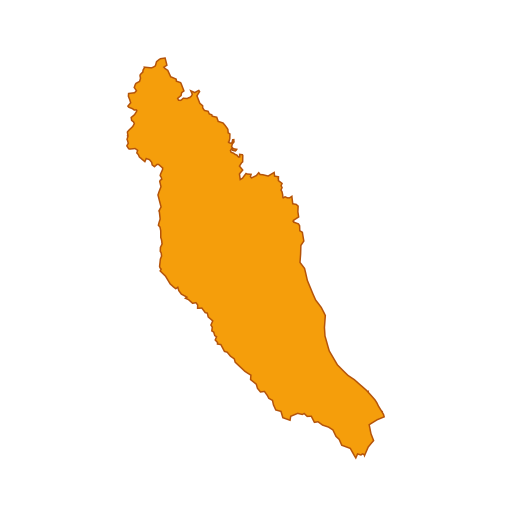 outline of Salayea, Lofa, Liberia, rotated 114°
{"feature_id": "62588387B29328841835384", "entity_name": "Salayea", "entity_type": "district", "adm_level": 2, "iso_a3": "LBR", "parent_name": "Liberia", "parent_adm1": "Lofa", "projection": "orthographic", "projection_center": [-9.631, 7.472], "detail": "fine", "context": "isolated", "style": "filled", "palette": "amber", "viewbox_px": 512, "rotation_deg": 114, "n_neighbors": 0, "source": "geoboundaries", "source_scale": "gbopen_adm2", "svg_char_len": 5743}
<svg xmlns="http://www.w3.org/2000/svg" viewBox="0 0 512 512"><g transform="rotate(114 256 256)"><path d="M148.4,339.2L148.2,339.5L147.9,340.2L148.4,345.3L145.2,348.3L146.1,352.9L145.0,353.8L145.2,356.5L143.9,357.9L143.3,358.6L143.6,360.2L144.0,362.3L143.1,363.8L142.4,364.9L142.0,365.1L140.4,365.9L139.9,367.6L139.4,369.4L133.9,374.9L133.8,375.1L129.8,374.6L128.8,374.4L128.0,375.6L129.6,376.9L131.6,378.4L131.6,382.2L131.6,382.8L133.3,380.9L134.1,380.0L134.5,380.0L136.5,380.1L137.3,380.7L138.2,380.9L138.7,381.8L140.1,382.9L141.3,386.1L141.4,386.6L143.5,387.5L144.5,388.2L145.2,390.1L143.9,391.7L142.6,391.1L140.1,389.8L139.9,389.7L138.8,390.0L137.0,390.4L134.5,389.0L134.1,389.4L129.2,394.3L128.3,395.4L128.6,399.1L128.7,399.8L126.9,400.9L126.9,405.0L127.0,406.8L122.6,411.8L122.3,412.1L122.2,412.7L121.7,415.4L121.0,417.0L120.6,416.7L119.4,416.0L118.0,415.0L116.5,416.1L112.1,419.6L112.5,420.2L112.9,420.8L114.6,423.5L115.1,423.8L115.7,424.3L118.9,425.9L123.1,425.3L123.3,425.3L125.2,426.6L126.7,428.1L127.1,429.3L128.5,433.6L128.6,433.9L128.9,434.9L129.6,434.5L132.0,434.8L134.1,434.2L135.1,434.7L137.0,435.4L137.2,435.5L138.5,435.3L140.6,433.8L142.8,433.5L143.5,433.4L143.9,433.4L147.0,435.8L147.8,436.0L148.8,436.0L151.2,435.8L151.6,435.8L152.2,434.7L153.7,432.4L154.3,432.6L156.3,433.4L159.0,437.9L159.4,438.5L161.9,437.6L163.5,436.0L164.6,434.9L167.0,432.8L171.2,434.0L171.8,432.9L171.8,431.5L171.7,428.7L172.2,426.6L171.2,424.8L171.2,424.7L171.5,424.1L172.7,423.9L175.3,424.3L176.2,424.4L179.1,425.8L180.2,426.4L182.7,424.8L183.3,422.5L183.3,422.4L184.6,421.0L184.8,421.0L188.0,421.3L188.9,421.7L190.2,422.2L192.1,423.0L192.3,423.1L194.5,423.8L194.9,423.9L195.1,423.9L195.9,423.4L197.8,422.1L198.1,422.4L198.6,422.2L198.9,421.6L201.9,421.3L202.7,420.4L205.0,418.5L205.6,418.6L207.8,418.8L208.0,418.7L209.8,415.9L209.7,414.9L207.6,411.2L207.0,410.2L207.6,407.1L210.3,406.8L211.2,404.8L213.0,402.8L213.4,401.4L213.6,400.5L213.8,400.2L214.3,398.4L215.0,395.9L211.6,395.9L211.6,395.5L211.3,392.5L212.2,390.7L212.9,389.4L215.0,387.9L215.7,385.1L212.5,383.6L212.3,382.9L212.0,382.1L213.4,377.6L213.5,377.1L215.1,376.5L217.8,376.5L220.1,376.5L221.1,376.3L221.6,376.2L222.6,374.6L224.3,373.3L225.8,374.3L226.7,374.3L227.0,374.3L230.3,371.8L231.4,371.0L236.9,370.7L237.3,370.7L238.8,370.5L240.1,370.4L249.8,362.7L253.9,363.0L253.8,362.8L254.1,362.8L255.9,361.7L261.2,358.6L264.7,358.2L267.6,357.7L268.7,355.4L271.7,353.3L276.1,351.3L277.9,350.5L279.4,349.1L281.6,347.6L282.3,347.4L283.0,346.7L284.2,346.7L287.0,346.8L290.6,345.4L291.8,343.8L293.5,342.8L294.3,342.3L294.5,342.2L295.0,342.2L297.7,342.1L301.1,341.0L304.6,339.9L304.8,339.8L305.8,338.9L306.6,337.3L308.6,337.5L309.4,335.4L311.2,330.5L316.5,322.9L317.1,320.9L317.8,318.9L318.5,316.0L316.8,314.9L316.4,314.7L319.0,312.5L321.2,308.7L321.7,302.4L323.3,303.3L323.3,300.0L323.5,299.3L325.0,294.7L323.1,291.9L324.4,289.4L327.5,288.1L325.6,284.3L327.9,280.2L328.4,279.4L328.0,277.2L331.1,274.9L332.9,269.1L337.4,269.1L338.8,267.0L342.4,265.9L342.7,263.7L345.5,261.3L345.8,259.2L349.3,259.1L350.7,255.9L352.1,255.4L351.2,252.1L356.0,246.0L355.6,243.2L357.9,238.6L358.8,234.0L361.5,231.8L361.8,230.9L365.9,219.2L366.5,215.5L366.9,212.2L371.1,210.7L373.0,203.6L376.3,200.8L378.4,196.6L376.3,193.2L378.9,188.8L380.8,186.4L381.2,182.2L384.9,179.5L388.6,175.3L387.8,170.0L392.8,165.7L392.2,158.1L388.3,159.1L383.1,154.2L382.8,153.9L381.9,149.2L380.3,147.9L381.7,144.0L379.9,140.3L384.2,135.0L382.2,131.9L383.4,126.4L382.8,120.2L383.6,115.0L388.3,109.5L389.7,105.4L394.0,100.7L393.4,91.6L398.4,84.9L399.9,82.7L395.5,82.7L395.1,79.2L393.5,78.3L393.4,76.4L394.2,75.7L384.9,75.8L380.1,74.5L377.2,73.6L376.8,73.5L371.6,78.7L367.2,81.8L364.1,84.0L356.3,78.7L350.8,73.5L349.2,74.8L348.8,75.2L347.1,77.6L346.9,77.5L346.7,77.5L346.7,78.1L345.6,79.8L343.1,83.4L341.1,85.7L339.1,88.7L337.6,91.9L335.9,95.7L334.8,98.2L334.1,98.4L334.5,98.8L333.9,100.1L331.9,106.5L331.6,107.6L329.0,115.8L328.1,121.0L327.7,123.4L325.5,129.3L322.4,137.3L313.0,150.4L312.2,151.1L309.5,153.4L305.5,156.7L301.8,159.8L301.3,160.3L293.5,164.4L282.1,168.5L281.9,168.8L280.6,170.3L276.5,175.4L274.2,179.5L272.0,183.6L267.5,188.6L257.4,199.2L251.1,203.9L247.6,206.6L244.0,213.2L236.2,216.0L228.1,219.3L222.9,218.4L217.8,221.8L215.5,223.3L215.4,224.2L215.1,226.3L212.2,227.7L210.6,228.5L209.4,230.3L209.7,234.7L209.8,235.3L209.5,235.5L209.2,236.1L208.9,235.8L208.2,236.3L203.0,232.9L199.4,235.2L198.7,235.7L193.3,237.8L192.5,240.3L193.0,242.3L193.3,243.7L188.0,246.9L186.9,247.5L188.8,248.7L189.3,249.1L190.1,250.9L190.1,251.8L190.1,253.5L191.2,254.3L191.7,254.7L191.5,254.9L191.6,255.2L189.0,256.7L186.7,258.4L185.6,260.0L183.4,260.0L182.9,260.0L182.6,260.4L181.7,261.6L180.5,261.7L179.1,261.7L178.9,262.5L178.0,266.2L176.3,266.9L176.1,267.3L175.7,267.2L174.5,267.7L174.9,269.3L175.5,271.5L173.5,272.7L172.3,273.4L177.8,277.3L178.0,277.4L179.0,282.9L179.9,285.4L179.0,287.0L178.9,287.2L178.8,287.4L182.4,288.4L183.1,289.0L185.5,291.0L186.5,291.9L185.8,293.4L183.4,293.7L184.7,297.4L184.7,297.9L184.7,298.7L188.6,299.6L190.2,299.9L191.3,300.6L192.6,301.5L187.8,304.5L186.2,304.1L182.9,303.1L182.7,303.5L180.6,307.7L176.7,307.1L175.4,306.5L169.9,308.8L169.5,309.0L169.0,309.6L169.8,312.3L172.1,311.2L172.7,311.9L172.2,313.5L171.6,314.4L171.6,315.0L171.7,316.4L171.2,318.4L171.3,319.6L171.4,320.9L170.2,322.2L167.9,321.9L168.3,321.4L169.0,320.4L168.7,318.8L168.5,317.6L167.6,317.2L166.4,317.0L166.7,318.2L167.2,320.4L166.0,322.8L163.3,323.2L160.7,322.5L159.9,323.0L158.7,323.6L159.3,324.6L162.2,324.0L162.9,324.2L162.9,324.7L163.4,325.3L163.4,327.0L162.9,327.1L162.9,327.4L162.4,327.2L159.4,327.7L155.1,329.5L154.8,331.5L151.8,333.2L151.2,334.0L149.2,337.5L148.4,339.2Z" fill="#f59e0b" stroke="#b45309" stroke-width="1.5"/></g></svg>